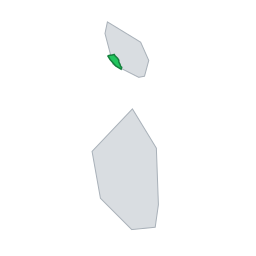 Sannat highlighted on a map of Malta, rotated 44°
{"feature_id": "MLT-5985", "entity_name": "Sannat", "entity_type": "state/province", "adm_level": 1, "iso_a3": "MLT", "parent_name": "Malta", "parent_adm1": "", "projection": "robinson", "projection_center": [14.254, 36.02], "detail": "fine", "context": "in_parent", "style": "filled", "palette": "green", "viewbox_px": 256, "rotation_deg": 44, "n_neighbors": 0, "source": "natural_earth", "source_scale": "10m", "svg_char_len": 562}
<svg xmlns="http://www.w3.org/2000/svg" viewBox="0 0 256 256"><g transform="rotate(44 128 128)"><path d="M216.5,180.5L201.2,198.5L157.0,197.7L118.4,169.8L117.9,111.2L162.4,122.8L203.1,162.0L216.5,180.5ZM100.5,84.1L73.1,92.6L45.8,76.0L39.5,66.0L77.5,57.5L96.0,65.0L103.9,79.3L100.5,84.1Z" fill="#d9dde1" stroke="#a8b0b8" stroke-width="1"/><path d="M82.2,90.5L76.0,91.9L67.5,91.2L63.6,90.2L64.0,88.8L65.8,86.7L67.0,84.7L68.6,85.1L72.1,85.1L74.2,85.6L75.7,87.0L77.9,87.7L79.9,88.8L81.3,88.7L82.2,90.5Z" fill="#22c55e" stroke="#15803d" stroke-width="1.5"/></g></svg>